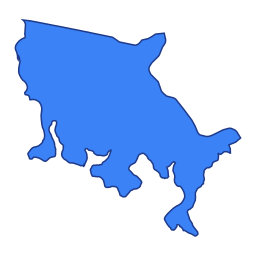 outline of Lane Cove, New South Wales, Australia
{"feature_id": "25037944B47816389357030", "entity_name": "Lane Cove", "entity_type": "district", "adm_level": 2, "iso_a3": "AUS", "parent_name": "Australia", "parent_adm1": "New South Wales", "projection": "equal_earth", "projection_center": [151.169, -33.823], "detail": "fine", "context": "isolated", "style": "filled", "palette": "blue", "viewbox_px": 256, "rotation_deg": 0, "n_neighbors": 0, "source": "geoboundaries", "source_scale": "gbopen_adm2", "svg_char_len": 5828}
<svg xmlns="http://www.w3.org/2000/svg" viewBox="0 0 256 256"><path d="M22.9,20.0L23.9,20.9L24.6,22.0L25.2,23.3L25.5,24.6L24.8,34.3L25.2,36.0L25.0,37.7L23.7,38.1L21.8,39.0L19.4,40.7L17.7,42.6L16.3,44.5L15.7,45.8L15.4,47.1L15.4,48.3L15.5,49.4L16.8,52.5L17.6,56.3L17.5,57.2L17.7,58.6L18.1,59.4L18.3,56.2L18.5,55.9L19.3,57.7L19.8,60.4L20.0,61.6L18.9,67.3L18.7,69.7L18.7,71.3L18.9,73.1L19.6,75.1L21.2,78.1L23.0,80.4L24.4,81.3L25.6,82.7L26.5,84.2L27.2,86.0L27.4,87.8L26.9,89.7L26.6,90.3L24.8,92.5L24.8,93.4L25.1,94.4L25.5,94.7L27.4,95.0L28.6,95.6L29.4,97.0L29.9,99.7L30.2,99.8L32.3,99.5L33.7,99.5L34.6,99.6L35.9,100.0L38.3,101.3L39.2,102.1L40.1,103.3L40.9,104.8L41.6,107.1L41.8,108.7L41.7,110.3L41.1,115.4L41.3,119.0L41.8,123.8L42.5,127.4L43.5,129.6L44.1,131.7L44.6,134.6L44.6,136.6L44.3,138.0L43.8,139.6L43.1,140.1L42.9,140.4L42.6,141.9L42.1,142.8L40.6,144.3L38.4,146.0L35.4,146.9L33.8,147.2L32.3,148.0L30.9,149.4L28.3,152.9L28.0,153.4L28.0,154.6L28.7,156.1L29.6,158.7L30.4,159.0L31.8,159.0L32.2,158.8L33.4,157.4L34.5,157.2L35.9,157.2L39.1,158.1L41.7,159.5L43.6,160.8L45.3,161.3L46.2,161.0L48.1,159.4L49.8,157.8L51.1,157.3L54.7,156.5L55.1,156.1L55.5,155.0L55.6,153.7L55.6,151.0L55.7,149.4L55.5,148.4L54.7,146.1L54.6,144.4L54.4,143.0L53.6,140.8L51.9,137.4L51.1,134.8L50.2,133.3L49.3,131.4L49.1,130.4L49.0,129.4L49.1,128.1L49.4,127.0L50.1,125.8L51.5,124.4L51.6,123.8L51.8,122.2L52.2,121.4L52.9,120.9L54.6,120.7L55.4,120.7L55.9,121.0L56.4,121.7L56.6,122.7L56.4,124.6L55.6,126.9L55.1,129.3L55.0,130.3L55.3,131.8L57.1,136.2L58.3,137.3L58.9,138.3L59.1,138.9L59.3,140.5L60.0,142.1L60.8,143.1L62.8,144.8L63.5,145.8L63.5,146.2L63.2,146.9L63.3,148.6L63.2,149.2L62.9,150.2L62.2,151.6L61.8,153.3L61.7,154.9L62.1,156.4L62.6,157.2L63.8,158.7L64.8,159.5L66.3,160.3L67.7,161.6L69.1,162.6L69.9,162.9L72.1,162.9L74.4,163.4L79.4,165.1L80.6,165.7L83.2,165.6L83.6,166.3L84.1,165.9L83.6,165.3L83.9,164.9L84.5,165.1L84.6,164.8L84.1,164.6L84.0,164.3L85.0,163.6L86.4,160.7L87.1,158.5L87.0,156.1L86.7,153.9L86.3,152.8L85.0,150.2L85.3,149.1L85.9,148.6L87.2,148.7L88.8,150.2L91.4,150.6L92.7,151.1L93.6,151.9L94.1,153.2L95.5,154.3L96.8,155.0L97.9,155.4L99.6,155.2L103.0,155.8L104.7,155.7L106.4,155.0L107.1,154.4L107.8,152.6L108.5,151.6L110.1,150.4L110.9,150.2L110.8,151.2L109.9,153.9L108.7,156.8L107.7,158.4L104.7,161.3L103.0,162.2L102.3,163.2L101.8,164.5L99.9,164.7L98.6,165.1L96.6,165.0L94.9,165.3L93.8,165.2L92.6,165.7L92.1,166.3L91.3,168.1L90.8,168.7L90.5,169.4L90.4,170.1L90.8,171.9L91.3,173.9L92.2,175.9L92.6,176.2L97.0,176.7L99.2,176.7L100.6,177.3L101.8,178.3L102.9,179.5L103.5,180.6L104.3,183.4L104.8,186.0L105.2,186.7L105.6,187.0L106.5,187.4L108.9,187.3L109.9,187.2L111.9,186.4L112.6,186.4L115.4,186.6L116.8,187.3L117.5,188.0L118.4,190.5L119.2,192.0L120.1,195.2L120.7,195.7L121.8,196.1L122.8,196.8L125.0,196.8L125.8,196.4L129.5,192.1L130.1,191.2L131.1,190.4L132.0,190.2L133.8,189.0L135.6,189.0L136.9,188.7L139.0,187.5L139.7,186.9L140.3,186.1L140.6,184.8L141.5,183.1L141.7,182.3L141.4,181.3L139.9,179.4L137.8,177.2L137.0,176.4L136.2,175.9L134.4,175.2L133.5,174.6L131.4,172.1L129.3,170.1L128.9,169.5L128.8,169.0L128.9,167.9L129.3,166.8L130.4,165.3L132.0,164.3L134.6,163.0L135.5,162.1L137.1,159.0L138.2,156.1L138.7,155.3L139.3,154.6L141.5,153.5L143.3,153.3L144.2,153.6L145.2,154.6L146.3,155.4L146.9,156.1L148.1,158.6L149.1,159.6L150.9,160.9L153.0,164.1L153.3,165.3L153.6,167.8L154.2,169.0L155.0,169.8L156.0,170.3L158.5,172.1L160.0,174.1L160.2,175.9L161.4,177.4L162.3,177.9L163.8,177.7L164.4,178.3L164.8,178.5L166.2,177.9L167.2,178.0L168.6,176.6L168.3,175.3L168.0,170.7L167.5,169.2L166.9,168.0L167.0,167.1L168.2,166.7L169.6,165.8L172.3,162.7L173.7,161.7L175.4,162.8L173.9,165.4L173.2,168.3L173.0,170.4L173.2,171.5L174.0,173.1L174.8,175.7L174.8,177.0L174.4,179.5L174.5,181.2L174.7,182.2L175.5,183.7L176.9,185.6L178.1,186.2L180.2,186.4L180.7,186.8L181.9,188.3L183.0,190.2L184.2,192.8L184.7,195.7L184.7,196.8L184.4,198.0L183.3,200.4L181.7,202.8L179.4,204.7L176.7,206.0L174.0,207.8L171.1,210.3L167.5,213.9L165.4,216.5L165.0,217.2L164.5,218.5L164.6,219.7L167.2,224.2L169.3,226.9L170.4,227.7L170.9,228.8L171.6,229.8L173.6,230.1L174.3,229.8L175.3,228.8L176.7,226.7L177.0,226.1L176.9,225.1L177.1,224.7L178.3,224.6L179.1,225.0L179.7,225.5L179.8,226.5L180.9,226.9L181.9,227.9L182.9,229.1L183.0,230.0L183.5,230.6L184.5,230.4L188.3,232.7L189.9,233.4L191.5,233.9L195.0,236.0L196.4,235.6L197.7,234.4L197.9,233.7L197.8,232.9L197.4,231.7L193.6,226.8L192.7,225.4L192.1,223.3L189.9,219.9L189.2,218.2L189.3,218.0L188.1,214.6L187.4,212.4L187.4,211.4L187.7,210.6L188.6,209.6L189.7,209.4L192.2,207.3L192.7,206.7L193.4,204.6L195.3,200.2L195.5,197.2L195.3,193.1L196.1,191.2L197.2,189.1L198.2,188.0L200.6,186.7L201.1,186.2L201.9,184.8L203.5,183.7L203.3,183.1L203.6,181.3L203.8,181.0L203.9,180.5L204.1,180.4L204.3,178.9L204.1,177.7L203.6,175.8L203.7,173.7L204.1,172.2L204.0,170.8L204.1,170.6L205.0,169.4L206.9,167.9L207.5,167.7L209.2,167.7L211.7,166.1L212.6,163.2L213.0,162.5L214.2,161.7L217.0,160.6L217.8,160.1L218.3,158.7L218.4,156.4L218.6,156.0L218.2,154.0L218.3,153.5L219.9,154.3L221.2,154.1L224.2,151.7L226.9,151.7L229.2,152.5L229.6,153.0L230.4,153.1L230.3,148.9L228.9,144.9L235.6,142.2L240.6,138.0L236.9,131.9L235.9,130.8L234.7,129.9L231.5,128.5L230.0,128.2L227.4,128.6L226.0,129.1L223.2,129.8L212.5,135.1L209.2,136.3L206.4,136.5L200.2,135.0L198.8,134.0L197.6,132.2L195.0,125.9L191.8,120.1L183.5,109.0L175.9,99.4L174.8,98.5L173.3,97.8L166.6,96.1L163.3,93.3L161.5,91.2L161.2,90.6L158.2,81.8L150.8,74.4L149.2,71.1L149.0,69.6L148.9,68.3L149.2,67.2L149.8,65.9L151.9,62.7L158.0,56.7L158.9,55.7L159.6,54.3L162.4,47.3L165.1,43.1L165.6,41.2L165.6,39.5L164.2,33.2L155.6,34.1L151.8,36.6L148.2,38.6L141.9,40.1L139.4,43.1L138.5,43.9L136.7,44.9L135.0,45.2L119.4,42.0L113.2,37.7L112.2,37.2L75.7,29.7L40.5,22.8L30.6,20.9L22.9,20.0Z" fill="#3b82f6" stroke="#1e3a8a" stroke-width="1.5"/></svg>